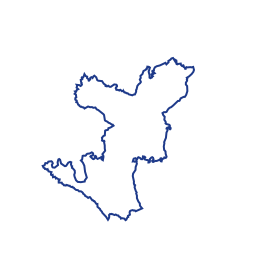 Kubake, Maseru, Lesotho (orthographic projection), rotated 48°
{"feature_id": "5366337B67565393962303", "entity_name": "Kubake", "entity_type": "district", "adm_level": 2, "iso_a3": "LSO", "parent_name": "Lesotho", "parent_adm1": "Maseru", "projection": "orthographic", "projection_center": [27.695, -29.673], "detail": "fine", "context": "isolated", "style": "outline", "palette": "blue", "viewbox_px": 256, "rotation_deg": 48, "n_neighbors": 0, "source": "geoboundaries", "source_scale": "gbopen_adm2", "svg_char_len": 5933}
<svg xmlns="http://www.w3.org/2000/svg" viewBox="0 0 256 256"><g transform="rotate(48 128 128)"><path d="M190.6,193.9L191.0,192.8L193.0,191.3L194.8,191.5L195.0,190.6L194.0,188.2L194.3,187.4L193.3,186.8L193.7,184.6L191.8,183.3L191.1,182.2L191.3,181.1L192.2,179.4L193.2,179.0L193.8,178.1L195.0,178.0L197.2,171.3L194.4,171.2L193.3,170.8L192.0,169.7L189.6,169.5L186.1,168.3L184.2,166.6L182.1,165.7L181.7,164.7L180.1,164.4L176.5,162.8L175.9,161.9L175.3,161.7L175.2,161.0L173.8,161.1L172.8,160.5L171.8,159.4L166.9,156.6L165.3,154.7L164.2,150.5L162.1,148.4L160.5,145.3L159.2,144.7L158.9,144.1L158.0,144.1L157.4,145.7L156.7,145.9L156.1,146.8L154.8,144.8L154.7,144.0L155.5,142.6L157.6,142.9L156.6,140.3L156.7,139.8L158.3,139.1L159.9,139.1L160.7,138.3L160.6,137.7L159.1,135.9L160.3,134.9L161.3,134.8L161.6,136.2L162.5,136.6L164.2,135.6L165.1,134.7L166.2,134.7L167.3,135.9L167.7,135.5L167.8,134.4L165.7,132.5L165.6,130.3L165.9,129.5L166.9,129.3L168.4,130.0L168.6,132.1L169.6,132.3L170.1,132.0L170.7,129.8L171.7,128.7L172.6,126.2L172.7,124.7L172.4,124.1L172.8,123.6L173.2,123.9L174.2,125.7L174.6,125.9L175.3,125.4L174.0,123.4L174.6,121.8L174.2,120.7L175.5,120.0L175.2,118.6L172.4,117.3L170.5,115.8L168.5,115.8L165.7,113.8L163.6,111.1L162.7,110.6L160.7,106.4L157.1,102.4L156.2,100.2L154.8,99.3L154.2,99.7L154.0,99.4L154.0,98.5L154.4,98.0L155.6,97.4L156.4,97.8L157.1,97.6L157.1,96.9L156.5,96.3L155.3,96.1L154.6,96.6L154.0,95.2L153.0,95.3L150.6,96.9L149.8,97.0L149.7,96.6L148.4,95.8L146.2,95.5L144.2,93.2L142.1,93.2L140.0,92.4L140.3,90.6L141.2,89.8L141.8,88.6L140.9,85.7L140.8,83.7L141.4,81.9L141.5,79.4L141.3,72.8L142.1,71.9L142.2,71.4L141.2,69.0L142.1,65.8L142.9,65.0L142.7,64.1L142.3,62.6L140.3,59.2L136.4,56.0L134.4,55.9L133.0,54.6L132.4,52.4L131.3,51.8L131.1,50.9L130.0,50.7L130.5,48.1L130.5,44.6L130.0,41.9L129.0,40.1L126.2,38.7L125.3,40.4L124.6,40.8L122.3,43.8L121.9,43.9L121.9,44.7L122.6,45.5L122.3,45.9L121.2,45.4L120.1,45.7L118.7,44.9L118.3,45.0L118.4,46.2L118.0,46.4L116.5,46.4L115.4,45.7L113.8,48.1L113.8,48.6L113.1,49.1L110.2,46.9L108.2,47.5L109.0,48.2L106.1,47.7L105.4,49.2L105.6,50.8L105.2,53.2L106.3,53.9L106.4,56.9L104.6,56.6L102.8,62.5L101.3,65.4L100.9,67.5L101.9,69.8L102.5,70.2L102.0,71.9L103.0,72.4L103.7,71.5L105.2,71.5L103.8,74.5L104.0,74.7L105.0,74.3L105.2,75.1L106.2,75.0L106.0,76.3L106.4,76.5L106.0,78.0L105.0,78.3L103.1,76.6L100.0,75.0L98.0,71.7L97.8,72.0L97.1,71.4L96.7,71.5L96.4,71.7L96.6,72.0L95.4,72.6L96.7,74.6L96.3,74.8L96.6,75.8L96.0,78.4L97.6,81.2L97.6,83.9L99.3,85.0L99.9,86.8L102.4,87.6L102.8,89.1L102.6,90.6L103.0,92.9L105.1,95.9L105.2,96.6L106.5,97.7L107.7,100.4L106.9,101.5L106.6,102.9L103.5,104.9L102.0,105.0L101.2,105.9L100.5,105.9L99.8,106.5L99.4,106.4L98.9,106.9L97.5,106.6L97.7,106.9L96.4,107.6L96.4,107.9L94.6,108.1L94.4,109.2L93.8,109.2L93.5,109.9L92.4,110.3L91.9,111.1L90.2,110.5L89.8,109.8L89.8,108.4L88.9,107.7L88.0,107.7L86.4,109.1L85.9,113.2L84.9,114.2L83.5,114.3L83.0,115.8L82.1,116.4L81.8,116.0L81.4,116.4L80.8,115.9L78.8,116.4L75.8,115.9L72.9,118.5L71.8,118.8L69.1,117.7L66.6,118.0L66.5,119.1L67.1,120.9L65.8,121.1L65.6,121.7L65.6,122.7L66.6,123.5L66.7,125.4L66.4,125.5L65.7,124.7L63.5,125.0L62.5,124.0L61.2,124.7L58.8,124.3L60.2,126.8L60.3,127.5L59.5,128.3L59.7,128.8L61.1,129.1L61.2,129.4L60.6,130.9L62.4,132.1L63.6,132.3L63.7,132.9L64.9,133.2L65.2,134.2L65.0,135.2L63.7,135.4L61.6,137.2L62.5,137.4L63.6,139.2L65.8,139.0L65.4,140.5L66.0,141.7L65.4,142.8L66.3,142.8L66.6,143.1L66.9,144.8L68.4,144.4L70.6,145.9L70.4,146.8L71.2,147.9L71.8,148.2L73.3,147.8L74.2,149.1L74.9,148.5L77.3,149.4L78.5,149.0L79.2,149.3L80.7,148.9L81.0,148.3L82.0,148.1L83.0,147.2L84.4,147.3L85.3,143.3L87.1,142.3L88.5,140.7L89.7,140.3L91.0,138.5L93.2,138.8L94.7,138.1L101.3,137.0L102.3,137.1L106.8,140.0L107.4,140.0L109.8,139.0L111.0,139.0L112.2,138.3L114.7,137.7L115.3,137.1L116.6,137.2L115.9,140.8L115.0,142.7L115.9,143.9L115.8,144.4L114.7,146.3L114.7,146.8L118.0,150.2L117.5,151.5L117.8,153.9L119.2,154.7L119.9,155.7L121.0,155.2L121.6,154.3L122.1,154.4L122.6,155.3L125.3,156.9L127.7,159.0L129.6,160.2L130.3,164.5L131.9,164.8L133.0,165.5L135.1,168.2L133.6,168.6L132.8,167.8L132.5,166.8L132.0,166.7L131.6,167.0L131.8,167.6L130.6,171.3L128.4,171.7L127.9,170.8L127.0,170.8L126.8,171.1L128.3,173.4L128.1,174.4L127.5,174.8L124.1,175.1L123.9,174.5L124.2,173.4L124.9,172.6L124.7,171.8L123.4,170.9L121.9,171.2L121.3,173.5L119.9,175.5L119.8,176.5L120.2,177.5L120.1,178.2L118.6,179.8L118.4,180.4L120.8,183.3L120.6,184.7L123.5,184.7L126.8,185.7L131.8,189.2L137.3,191.8L138.0,195.0L138.8,196.0L136.7,199.3L134.4,201.4L132.1,201.6L128.5,200.3L126.8,199.3L125.8,197.5L124.0,196.1L121.0,196.0L120.1,196.3L119.1,195.2L118.8,195.5L117.0,194.8L115.5,193.1L114.9,193.4L114.4,193.7L113.8,195.6L114.7,199.1L114.6,199.8L114.0,200.5L109.6,201.5L106.1,199.7L105.0,199.9L104.8,200.8L106.4,203.3L108.7,204.8L108.4,209.0L107.1,210.2L106.3,210.3L104.5,209.3L103.9,207.5L102.3,207.0L101.4,207.2L99.7,209.7L100.2,211.6L98.8,212.9L99.9,215.0L99.1,216.7L100.9,217.3L102.2,216.8L102.8,217.1L103.3,216.5L104.4,216.3L104.7,215.5L105.1,215.9L105.9,215.5L107.0,216.1L109.6,214.4L110.2,215.6L111.2,216.5L112.0,216.2L112.4,215.3L114.4,216.7L115.3,214.9L117.1,215.3L117.0,214.7L119.8,213.9L120.5,213.2L120.9,213.7L120.9,214.9L122.2,216.0L124.3,213.8L125.4,214.2L127.0,213.7L127.6,214.0L129.2,212.7L129.0,211.9L130.3,211.0L130.9,211.0L132.0,209.9L132.6,210.1L134.1,209.5L134.6,208.6L135.3,208.8L136.3,208.2L137.0,208.4L139.3,208.0L140.7,206.8L142.4,206.7L143.5,205.4L144.9,205.0L145.9,204.9L146.7,205.3L148.6,204.9L150.0,205.3L151.1,204.7L153.3,204.4L153.5,203.0L154.0,202.5L157.8,202.9L158.2,202.4L159.5,202.4L159.9,201.9L163.0,202.3L163.7,202.1L164.0,201.6L166.1,203.4L169.6,203.0L170.3,203.4L172.8,203.4L173.7,203.8L179.4,203.7L182.8,204.3L182.4,202.9L181.5,201.4L180.0,200.3L179.9,198.8L180.7,198.3L180.9,197.6L183.7,196.2L184.1,195.0L185.8,194.5L186.6,193.7L187.8,194.0L189.2,193.4L190.6,193.9Z" fill="none" stroke="#1e3a8a" stroke-width="2"/></g></svg>